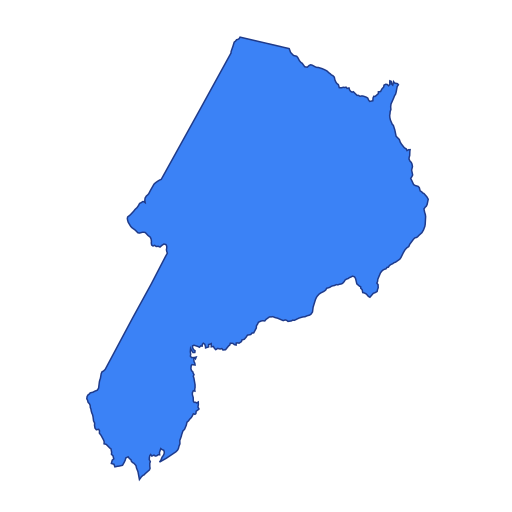 Alto Garças, Mato Grosso, Brazil (Equal Earth projection), rotated 178°
{"feature_id": "56859067B91016668393749", "entity_name": "Alto Garças", "entity_type": "district", "adm_level": 2, "iso_a3": "BRA", "parent_name": "Brazil", "parent_adm1": "Mato Grosso", "projection": "equal_earth", "projection_center": [-53.581, -16.842], "detail": "fine", "context": "isolated", "style": "filled", "palette": "blue", "viewbox_px": 512, "rotation_deg": 178, "n_neighbors": 0, "source": "geoboundaries", "source_scale": "gbopen_adm2", "svg_char_len": 6043}
<svg xmlns="http://www.w3.org/2000/svg" viewBox="0 0 512 512"><g transform="rotate(178 256 256)"><path d="M346.4,258.8L361.7,231.6L381.1,199.0L410.7,147.9L412.5,146.3L413.9,145.7L414.8,143.8L415.8,139.0L416.4,137.6L416.9,135.8L417.9,129.5L419.3,127.4L422.1,126.4L423.6,125.6L426.5,125.0L427.3,123.9L428.5,123.3L429.7,121.5L430.1,119.2L429.4,117.9L428.9,115.6L427.6,114.1L426.9,112.3L426.9,110.4L426.3,108.7L426.1,107.0L425.6,104.9L424.9,103.2L424.5,101.2L424.1,96.9L423.1,94.7L423.3,92.3L422.9,89.6L421.6,87.9L419.3,88.3L418.5,86.8L418.7,84.4L417.1,82.2L414.7,77.3L414.2,75.6L414.4,73.6L412.3,73.0L408.8,69.2L407.6,68.2L407.4,66.4L407.1,64.9L407.4,62.9L405.9,61.3L405.2,58.2L406.8,57.0L407.8,53.7L405.2,52.8L404.4,50.2L401.6,50.7L400.2,50.8L396.7,51.5L394.8,54.6L393.8,56.6L393.2,58.7L390.8,59.8L389.6,58.0L388.1,56.8L387.6,55.0L386.4,53.8L385.2,53.1L383.3,50.8L382.8,48.2L381.5,44.6L380.3,36.7L378.2,39.4L376.5,40.8L375.4,41.2L374.4,42.3L370.0,45.9L369.3,47.5L369.5,49.4L369.4,52.7L368.8,54.1L369.8,56.3L369.6,58.3L369.1,60.2L368.2,61.3L367.1,59.7L364.9,60.6L363.7,59.6L362.2,59.8L360.6,60.8L359.2,60.7L359.4,62.8L357.9,66.9L356.6,65.8L355.0,65.1L354.5,63.3L354.7,61.7L355.5,60.0L356.9,58.2L358.2,55.3L359.6,53.4L352.7,57.0L342.9,63.1L341.2,64.7L340.3,66.2L339.5,68.9L338.6,70.9L338.6,74.4L337.9,76.0L336.9,78.6L336.5,80.1L335.2,83.6L333.4,85.4L331.6,89.3L330.8,92.3L329.2,93.6L328.0,95.2L326.4,96.7L325.4,98.1L324.1,100.5L322.6,99.9L321.6,100.6L321.2,103.0L319.5,104.1L318.3,105.1L319.3,107.1L318.8,109.4L318.8,112.1L320.5,111.2L321.5,111.9L322.9,111.9L323.7,113.1L323.7,116.8L324.4,119.4L324.4,121.5L323.3,123.6L321.8,123.1L321.9,125.0L321.5,126.7L321.4,129.4L322.3,136.0L322.9,138.1L322.1,139.6L322.8,140.9L323.3,142.6L324.4,143.6L325.0,145.7L324.6,148.6L323.8,149.7L320.7,149.2L320.9,151.0L321.6,152.5L321.8,155.2L321.1,156.7L323.9,156.7L325.1,158.2L324.7,160.1L325.0,162.5L324.6,165.8L324.0,164.4L322.3,161.7L320.5,161.7L320.2,163.4L321.7,164.6L322.6,166.7L322.5,168.5L321.1,169.0L317.4,167.7L315.7,166.8L314.4,168.1L313.0,167.8L312.7,169.6L311.7,170.7L310.3,169.6L309.7,167.6L309.6,165.9L306.5,166.8L306.5,169.2L305.3,169.4L303.8,170.0L303.9,166.8L301.8,167.1L300.7,165.1L299.5,163.8L297.5,165.0L295.1,164.3L293.4,164.7L292.3,163.2L289.7,163.4L286.6,167.0L285.3,168.0L284.7,169.7L282.2,169.5L280.7,168.2L279.0,167.7L278.8,169.7L277.4,169.8L275.9,169.5L273.5,171.0L273.1,172.5L270.6,173.2L268.7,175.2L267.3,177.2L264.0,177.7L262.6,179.2L261.0,179.2L258.2,184.0L258.0,186.2L256.8,187.9L255.9,189.7L253.3,190.8L251.5,191.1L249.5,190.8L248.2,192.3L244.6,194.7L243.0,194.6L241.3,194.8L239.1,193.8L236.6,193.1L231.1,190.5L229.0,191.1L227.4,190.5L226.3,189.5L222.9,189.9L221.6,190.6L219.9,190.4L215.1,192.5L213.2,193.0L211.1,193.5L209.1,193.6L207.2,194.4L204.4,195.1L203.0,196.0L201.5,198.1L200.7,202.9L198.1,210.4L197.1,212.4L196.3,213.6L194.3,215.7L192.6,216.8L189.5,218.2L187.6,219.5L186.5,221.3L184.3,221.8L183.0,222.3L181.9,223.0L180.5,223.5L178.5,223.8L176.8,224.6L175.2,224.3L173.5,224.9L172.1,225.0L170.5,225.6L168.8,227.3L167.8,228.9L166.3,229.8L164.8,230.2L163.3,231.2L161.8,231.7L160.3,232.5L158.3,231.8L157.3,230.0L156.2,224.6L153.6,222.2L152.5,221.7L152.4,220.0L151.1,218.7L150.6,215.7L149.0,215.3L147.0,214.1L145.1,211.7L143.6,210.8L140.1,214.6L138.3,215.2L136.2,216.3L135.7,218.3L135.0,220.0L135.0,223.1L136.2,224.7L135.4,226.3L135.1,228.5L132.2,234.8L130.7,236.6L129.3,237.7L128.0,238.3L126.6,238.6L125.4,240.1L124.1,240.2L123.0,241.8L121.3,242.9L119.7,243.5L118.5,244.4L116.7,245.0L112.4,247.8L111.2,249.4L108.7,254.1L106.8,257.1L105.0,258.9L103.0,260.1L102.0,262.3L98.0,267.3L96.6,268.6L95.0,268.9L93.9,269.5L92.4,271.0L89.4,273.5L87.7,276.2L86.2,279.8L85.8,281.8L85.1,289.4L85.3,291.5L85.9,293.6L86.5,297.2L85.1,299.0L84.1,299.8L83.2,301.5L81.9,306.7L83.2,309.2L86.0,312.6L87.2,313.2L88.1,314.3L89.7,315.4L90.4,318.6L91.5,319.9L94.5,320.9L96.0,321.9L97.7,326.0L98.7,328.1L97.4,330.0L96.6,331.5L97.5,336.4L96.5,339.9L96.9,342.5L97.6,344.2L98.7,345.3L99.7,347.5L99.5,349.2L98.9,351.0L98.6,355.3L98.3,356.9L99.7,356.9L101.4,356.1L102.1,357.8L104.0,359.0L106.9,363.0L107.9,364.8L108.7,367.4L111.8,370.8L112.9,377.2L114.2,381.8L115.2,382.8L116.9,387.1L117.4,389.5L117.5,391.8L117.1,393.7L116.9,395.6L116.1,397.7L116.2,400.4L115.8,403.1L113.0,408.9L111.9,411.4L110.9,412.8L110.2,415.0L109.0,420.4L107.7,422.2L108.6,423.3L111.4,424.0L112.5,425.5L113.4,422.0L114.5,423.2L114.8,425.8L116.1,426.4L116.3,424.8L116.2,422.9L117.5,421.5L119.0,422.9L120.4,423.1L122.1,422.3L122.5,420.4L124.3,418.6L125.8,416.0L128.0,415.8L128.0,414.1L130.4,412.1L131.5,411.3L132.7,411.5L133.5,409.9L133.8,407.1L136.9,406.5L138.0,407.8L138.8,409.9L140.1,410.8L142.8,411.9L144.5,412.3L146.6,412.0L148.0,413.0L149.4,413.0L153.0,416.8L154.2,416.4L155.7,417.3L156.7,418.7L157.2,420.7L159.1,420.3L160.1,421.6L161.5,421.3L162.7,421.6L165.0,421.1L166.9,421.3L167.7,424.4L169.1,425.5L170.0,426.8L171.0,429.2L171.5,432.0L172.9,433.6L174.3,434.3L175.4,435.5L176.6,436.4L178.7,438.5L180.8,439.7L183.5,441.0L187.3,442.3L188.5,442.3L189.9,442.8L193.1,444.7L194.7,445.2L196.2,444.6L198.2,442.9L200.7,443.4L203.1,447.0L204.3,447.8L205.8,449.7L207.3,452.8L208.4,454.2L211.5,455.1L214.3,458.2L215.6,462.1L264.3,475.3L265.2,473.8L266.5,473.1L267.9,472.8L269.0,471.4L270.3,470.5L271.8,466.2L273.7,461.3L273.9,459.7L307.4,403.5L348.0,335.9L349.6,335.3L351.8,334.1L354.0,332.6L355.4,331.4L359.1,325.4L361.1,321.9L362.4,320.6L363.4,319.9L364.8,317.8L365.2,315.3L364.9,313.2L366.4,314.3L367.5,314.3L368.5,313.5L370.5,312.6L371.7,310.5L373.2,308.5L375.2,306.8L376.7,305.0L380.2,301.5L382.9,299.5L383.3,297.9L383.0,296.0L382.5,294.1L380.2,290.0L379.1,288.7L375.8,286.1L373.2,283.3L371.6,283.0L368.6,283.7L367.0,283.6L365.8,283.3L363.2,280.3L361.0,278.5L360.2,276.4L360.0,274.3L360.2,272.6L359.9,270.6L358.6,269.6L356.9,270.2L355.4,269.0L353.4,269.1L351.6,268.3L349.7,269.9L347.6,271.2L345.6,270.6L344.9,269.0L344.9,267.3L345.3,265.3L345.0,263.6L344.5,261.9L346.4,258.8ZM321.1,156.7L320.1,155.3L319.3,157.1L321.1,156.7Z" fill="#3b82f6" stroke="#1e3a8a" stroke-width="1.5"/></g></svg>